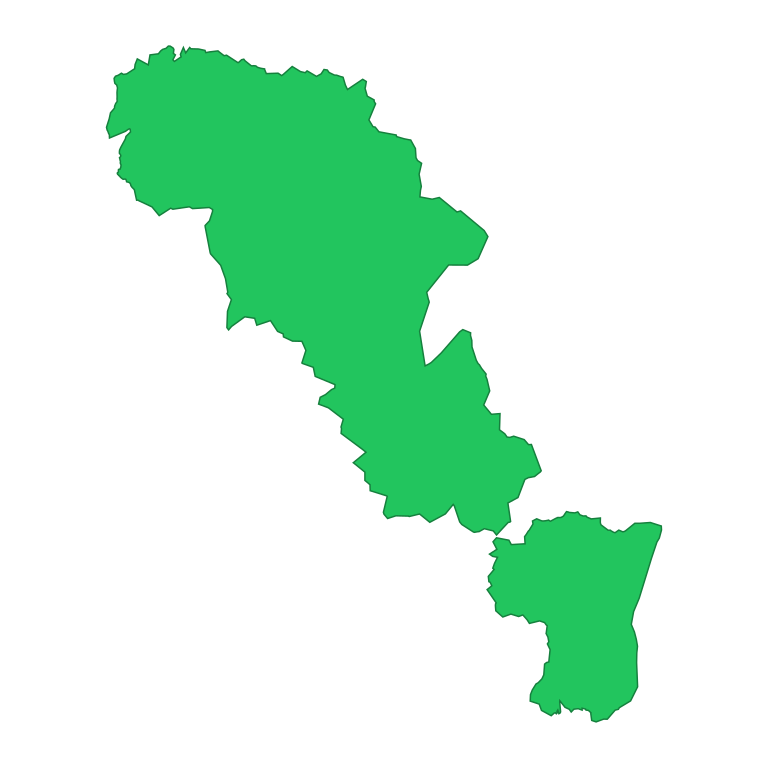 Kauru, Kaduna, Nigeria (Albers equal-area conic projection)
{"feature_id": "59680162B79526209894783", "entity_name": "Kauru", "entity_type": "district", "adm_level": 2, "iso_a3": "NGA", "parent_name": "Nigeria", "parent_adm1": "Kaduna", "projection": "albers", "projection_center": [8.254, 10.219], "detail": "fine", "context": "isolated", "style": "filled", "palette": "green", "viewbox_px": 768, "rotation_deg": 0, "n_neighbors": 0, "source": "geoboundaries", "source_scale": "gbopen_adm2", "svg_char_len": 5969}
<svg xmlns="http://www.w3.org/2000/svg" viewBox="0 0 768 768"><path d="M484.2,230.6L460.6,210.9L457.0,212.0L439.3,197.5L432.2,199.2L419.9,196.9L420.5,190.2L421.3,186.5L421.3,186.4L419.1,174.2L421.6,163.3L417.5,160.5L416.0,157.7L415.4,148.4L415.2,148.1L414.4,146.7L410.7,140.0L409.7,139.9L404.2,138.8L396.6,136.6L396.2,135.0L378.9,131.8L375.2,127.1L373.0,126.7L368.9,119.9L375.6,103.8L374.2,101.6L374.1,99.9L367.3,96.2L365.0,88.1L365.4,87.2L366.3,81.5L362.7,79.3L347.5,89.5L345.4,85.1L343.1,77.3L342.4,77.0L340.7,76.6L336.7,75.2L334.5,75.1L329.1,72.5L327.3,70.0L324.0,69.5L321.2,73.8L316.5,76.4L307.1,70.9L306.9,71.0L306.3,71.6L306.2,71.7L305.3,72.7L300.5,71.6L292.2,66.5L283.3,74.4L281.7,75.6L278.1,73.2L266.3,73.6L264.7,69.7L264.6,68.9L262.7,68.6L261.5,68.4L259.7,68.0L258.2,67.5L257.5,67.4L257.2,67.1L257.0,66.9L256.8,66.7L256.6,66.5L256.4,66.3L256.1,66.1L255.6,65.9L253.4,65.7L252.1,65.9L251.5,65.8L250.9,65.5L245.3,61.0L244.8,60.5L243.8,59.2L241.6,59.7L238.5,62.5L237.9,62.6L227.0,55.5L226.6,55.2L224.1,55.7L219.4,52.1L218.0,50.9L209.6,51.9L205.8,52.6L205.0,50.4L198.5,49.0L190.9,48.8L189.7,47.5L185.7,52.9L183.4,47.5L180.4,54.4L181.1,56.9L174.4,61.4L172.9,59.8L175.4,54.9L173.4,53.4L173.9,49.4L173.1,48.0L171.4,46.9L170.1,46.1L168.3,46.1L168.2,46.2L166.1,48.3L162.6,49.4L160.6,51.0L158.4,53.8L150.0,54.9L148.3,64.9L137.3,58.9L135.1,64.5L134.6,68.8L133.1,69.7L131.0,71.1L126.7,73.9L123.4,74.4L121.6,73.3L121.4,73.2L118.3,75.2L115.5,76.2L114.1,78.3L114.4,81.1L114.9,83.4L116.7,85.0L117.5,87.9L117.2,90.1L117.0,92.5L117.1,96.9L117.0,99.0L117.2,101.4L115.7,103.5L114.6,106.2L114.5,108.1L110.5,112.8L109.2,118.8L106.5,127.3L106.8,128.6L107.2,130.2L107.9,131.3L108.5,133.2L109.4,134.9L109.4,136.5L109.5,138.0L125.5,131.3L128.4,129.2L129.7,128.8L130.2,129.4L130.5,132.0L126.0,136.4L125.3,139.1L120.8,147.3L119.6,150.0L119.4,151.8L119.4,153.2L119.5,153.6L120.2,154.2L120.6,154.9L120.8,155.6L120.6,156.5L120.2,157.1L119.5,157.6L119.6,158.2L119.9,158.9L120.0,160.1L120.4,160.8L120.4,161.8L120.3,162.7L120.4,163.7L120.9,164.5L121.0,165.3L120.9,166.1L120.8,167.2L120.4,168.2L120.1,169.2L119.3,169.2L118.5,169.5L118.4,170.3L118.4,171.4L118.1,172.4L117.4,172.8L117.3,173.5L117.6,174.2L118.4,175.0L119.0,175.7L119.8,176.3L120.3,177.1L121.7,178.3L123.1,179.3L124.4,179.1L125.7,179.2L126.2,180.1L126.6,181.8L127.9,182.1L129.6,182.7L130.5,184.0L130.9,185.7L132.1,187.4L134.3,189.6L136.6,200.2L137.8,200.1L139.2,200.9L152.0,206.9L159.2,215.6L170.7,208.2L172.8,209.2L189.4,206.8L192.5,208.6L209.3,207.5L212.6,209.5L212.5,211.6L209.5,220.8L205.1,225.5L205.2,226.9L210.2,252.8L210.6,253.9L220.7,265.3L225.5,278.7L227.8,292.3L227.0,293.6L231.4,299.6L227.5,311.3L226.9,327.6L228.6,329.9L231.6,326.4L244.8,316.8L254.7,318.3L256.8,325.2L270.5,320.6L277.6,331.4L283.2,333.9L283.5,336.9L292.5,341.1L301.9,341.3L305.9,350.4L301.9,363.0L302.6,363.5L313.3,367.3L315.2,376.4L335.0,384.6L334.9,386.7L334.7,388.1L331.5,389.6L325.5,394.6L320.2,397.3L318.6,404.1L328.4,407.8L343.3,419.2L341.0,427.0L341.5,428.6L341.1,433.4L362.0,449.0L366.0,452.2L353.3,462.7L364.9,472.1L364.9,480.4L370.0,484.7L370.2,490.7L386.8,495.9L387.2,496.4L383.4,512.3L384.0,514.2L387.6,518.5L395.9,515.8L408.5,516.1L409.2,516.5L419.6,514.0L429.8,522.3L445.4,513.9L453.2,504.4L454.3,505.9L459.7,521.9L461.8,524.5L473.4,532.0L474.4,532.3L478.4,531.6L478.9,531.7L484.3,528.7L493.3,530.9L496.5,535.0L508.2,522.4L509.9,522.1L510.6,521.5L507.9,503.0L518.0,497.5L524.9,479.4L528.7,477.5L529.4,477.5L534.6,476.5L537.8,473.9L540.4,471.9L541.2,470.8L531.4,444.5L529.8,444.6L528.5,444.6L524.2,439.6L513.7,436.2L509.9,437.4L507.1,437.1L504.8,433.8L499.5,429.8L500.0,413.6L491.4,414.3L483.7,405.0L489.7,390.9L487.0,379.3L485.7,376.1L486.1,374.1L481.5,368.3L479.7,365.3L479.5,364.9L478.1,363.6L476.3,360.3L472.0,347.0L471.9,343.8L471.8,340.4L470.5,335.4L470.6,332.8L462.8,329.6L459.6,331.9L441.9,352.2L441.8,352.4L431.3,362.5L428.7,364.1L425.1,365.9L419.6,331.2L429.2,302.2L428.8,300.5L428.3,299.2L426.7,292.3L448.6,265.0L449.2,265.0L467.5,265.1L478.1,258.7L487.9,236.6L484.2,230.6ZM496.5,537.8L493.0,541.8L496.9,549.3L489.5,554.1L492.7,556.4L497.5,557.3L494.5,563.4L492.8,568.2L494.1,569.4L488.3,576.4L488.9,581.7L490.2,582.3L491.8,585.8L487.1,589.6L496.2,602.9L495.6,603.7L495.5,604.4L495.4,605.1L495.5,607.1L495.8,610.8L502.8,617.0L510.9,614.1L518.7,616.5L522.6,615.0L522.9,615.1L523.0,615.1L527.2,619.9L529.4,623.4L539.6,620.9L544.6,622.6L546.2,624.9L547.2,625.7L546.2,633.2L546.1,633.5L547.9,637.0L548.8,641.8L547.4,643.9L550.0,649.4L550.1,649.7L548.8,662.0L546.6,662.5L544.6,664.1L543.8,674.8L541.9,678.9L538.1,682.8L536.0,684.0L532.3,690.0L530.5,694.6L530.2,701.1L539.2,704.1L541.5,710.4L551.2,715.7L554.3,713.0L555.4,712.8L556.3,713.8L557.2,712.9L556.9,711.4L557.8,710.0L558.9,713.7L560.0,713.1L560.3,712.6L560.6,711.9L559.7,702.0L559.8,700.7L565.0,707.3L569.3,709.3L571.2,712.0L573.9,709.2L576.2,708.9L578.3,708.7L579.1,709.0L582.1,710.1L582.1,708.2L585.6,709.1L585.7,709.8L586.2,710.1L588.4,710.4L590.9,712.7L590.8,713.6L591.7,720.4L591.9,720.5L596.1,721.9L603.7,719.1L607.3,719.2L615.2,710.1L618.4,709.3L619.3,707.7L621.1,706.6L630.6,700.9L637.6,686.8L636.6,662.6L636.8,652.8L637.5,646.3L636.3,639.3L634.4,631.9L631.3,624.4L633.6,611.6L639.2,598.2L651.5,558.2L656.9,542.1L659.3,538.1L661.5,530.0L661.3,526.0L650.3,522.5L639.5,523.3L634.8,523.3L626.3,530.2L625.4,530.9L624.0,531.6L622.7,531.8L618.8,530.1L615.1,532.7L613.6,532.3L611.1,530.9L610.4,530.2L608.1,530.2L601.2,525.0L600.7,524.2L600.3,522.3L600.4,518.4L600.4,518.0L591.3,518.9L587.1,517.2L586.0,515.9L583.1,516.0L579.9,514.8L577.8,511.9L574.8,512.9L569.0,512.4L568.6,512.1L566.5,511.6L565.0,513.7L563.4,516.2L562.2,516.7L561.7,517.3L559.7,517.6L558.7,517.5L557.2,517.6L556.9,518.0L555.9,518.3L550.5,521.2L549.3,520.7L548.7,520.1L547.4,520.4L545.3,520.8L542.9,521.0L541.5,520.8L536.7,518.8L532.5,521.0L533.0,524.0L529.1,530.4L528.3,531.1L526.2,534.5L524.6,536.6L525.1,543.8L511.3,544.6L508.9,540.2L496.5,537.8Z" fill="#22c55e" stroke="#15803d" stroke-width="1.5"/></svg>